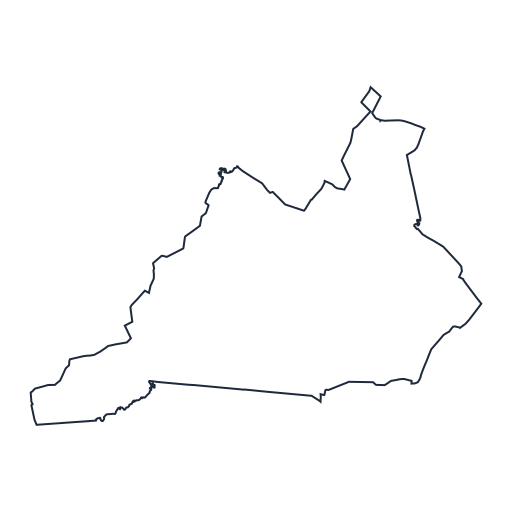 outline of Augstkalnes pag., Tervetes, Latvia
{"feature_id": "27541924B87750651157185", "entity_name": "Augstkalnes pag.", "entity_type": "district", "adm_level": 2, "iso_a3": "LVA", "parent_name": "Latvia", "parent_adm1": "Tervetes", "projection": "mercator", "projection_center": [23.356, 56.418], "detail": "fine", "context": "isolated", "style": "outline", "palette": "slate", "viewbox_px": 512, "rotation_deg": 0, "n_neighbors": 0, "source": "geoboundaries", "source_scale": "gbopen_adm2", "svg_char_len": 6020}
<svg xmlns="http://www.w3.org/2000/svg" viewBox="0 0 512 512"><path d="M424.4,128.7L420.5,126.8L415.5,125.1L411.4,123.4L405.2,121.4L402.3,120.7L400.2,120.4L397.7,120.3L387.7,120.6L385.3,120.8L381.2,120.2L380.4,120.9L380.3,120.3L380.1,119.9L379.9,119.8L377.0,118.8L375.8,118.1L375.2,117.5L373.7,115.4L372.2,113.1L380.7,96.4L370.6,87.2L369.3,91.2L361.5,101.9L361.5,102.2L361.4,102.4L370.5,111.5L367.4,114.8L357.2,126.1L353.4,128.8L353.2,129.0L351.4,138.6L350.4,142.8L343.1,157.4L341.7,160.6L350.2,179.1L344.3,189.6L343.7,189.4L337.0,188.3L334.7,186.9L332.8,184.8L331.8,184.1L324.7,180.9L324.6,181.2L324.7,181.8L324.2,183.4L321.3,188.9L316.0,194.6L311.8,199.6L311.1,199.7L310.8,199.9L309.9,201.6L307.0,206.3L305.7,208.6L304.0,210.7L285.2,204.5L284.8,204.1L279.1,198.3L272.8,192.0L272.3,192.0L271.5,192.4L270.0,192.8L267.3,190.2L262.1,183.3L252.6,177.5L242.6,171.0L238.5,167.7L238.0,166.6L237.5,166.4L237.1,166.3L236.9,166.9L236.7,167.4L236.2,167.7L234.3,168.2L233.9,168.7L233.8,169.3L232.4,171.2L231.9,171.7L230.7,172.1L230.7,171.4L230.3,171.3L229.9,171.7L229.2,172.6L227.6,172.9L227.3,172.9L226.3,172.5L225.1,172.4L224.8,172.2L225.6,171.6L225.9,171.3L226.0,170.9L225.9,170.8L225.7,170.7L225.5,170.8L225.2,171.2L225.4,170.7L225.7,169.5L225.5,169.1L225.1,168.8L224.5,168.6L224.1,168.7L224.0,168.9L224.0,169.3L223.9,169.8L223.8,170.0L223.3,169.3L222.7,169.2L222.5,168.5L222.2,168.3L221.8,168.2L220.9,168.3L220.2,168.4L219.9,168.6L219.7,168.9L219.7,169.1L220.0,169.4L221.3,170.1L221.7,170.5L221.8,170.6L221.7,170.9L221.1,172.9L220.9,173.1L220.8,172.5L220.6,172.4L219.4,172.2L218.7,172.6L218.5,173.1L218.5,173.3L218.8,173.9L219.0,174.1L219.8,174.3L220.7,174.2L220.9,174.4L220.9,174.5L220.5,175.2L220.0,175.2L219.7,175.3L219.6,175.7L219.8,175.8L220.0,175.9L221.5,176.7L221.5,176.9L221.6,177.3L222.3,177.0L222.6,177.0L222.9,177.2L223.0,178.0L222.9,178.6L222.4,179.0L222.1,180.0L221.6,180.4L221.6,180.6L221.8,181.2L221.3,181.8L221.2,182.1L221.2,182.6L220.8,182.9L220.6,184.0L220.3,184.2L220.0,184.1L219.5,184.1L219.0,184.4L218.9,184.6L219.0,185.1L219.0,185.7L218.3,186.8L218.2,187.1L218.1,188.0L217.1,188.2L213.9,188.1L211.3,189.6L211.1,189.9L209.3,192.7L205.9,200.7L205.8,201.1L205.5,201.7L205.4,202.2L205.5,202.9L208.5,205.1L208.6,205.3L206.0,212.8L205.8,213.2L201.8,216.3L201.6,216.5L199.9,225.8L194.6,229.7L185.4,236.3L185.1,236.6L184.8,237.9L183.5,247.6L183.3,248.3L183.0,248.6L166.8,256.9L162.6,255.8L162.1,255.8L161.4,256.0L153.3,262.9L153.1,263.2L153.1,263.5L153.2,264.1L154.1,268.2L153.5,270.6L153.9,274.2L153.8,278.6L153.6,279.1L150.5,285.8L149.5,290.4L149.2,291.3L149.0,292.9L144.8,290.7L137.2,299.3L131.7,305.0L130.4,307.2L132.3,321.8L124.8,325.6L130.9,338.3L126.9,342.4L115.4,344.4L108.1,346.0L105.9,347.7L100.1,351.7L94.1,354.9L89.8,355.6L87.2,355.7L83.3,356.2L69.9,359.3L69.4,360.9L69.0,365.3L65.7,368.4L60.2,380.4L54.8,384.9L48.1,385.0L42.8,386.5L35.4,388.5L34.9,388.7L32.1,391.6L31.3,392.0L30.7,392.7L31.4,401.8L32.6,404.1L31.4,405.2L34.4,419.3L34.5,419.8L36.6,424.8L95.7,420.6L95.6,420.2L95.8,419.9L96.3,419.8L96.4,419.6L96.4,419.1L96.5,419.0L98.0,418.2L99.9,417.8L100.3,418.2L100.4,419.3L100.7,419.5L101.0,420.4L101.9,421.0L102.6,421.0L103.1,420.7L104.0,419.1L104.2,418.6L104.1,417.6L104.1,416.8L106.4,414.5L108.1,414.1L110.0,414.1L112.7,413.8L115.1,413.9L115.4,413.6L115.6,413.1L116.0,411.6L116.5,410.9L117.1,409.7L117.8,408.8L118.1,408.2L118.4,408.0L119.0,407.8L119.3,407.8L119.3,408.0L119.3,408.5L119.3,408.8L119.6,409.1L120.0,409.2L120.3,408.6L120.3,408.2L120.0,407.7L120.0,407.4L120.3,407.2L122.1,407.6L123.3,408.7L123.9,409.6L124.3,409.7L124.9,409.6L125.2,409.4L125.9,408.0L126.3,407.6L126.8,407.4L127.8,407.4L128.1,407.1L128.4,406.6L129.0,406.2L129.4,404.8L129.5,404.6L130.3,404.5L131.2,403.8L131.6,403.8L131.9,403.6L132.3,402.3L133.1,402.1L133.1,401.9L132.9,401.5L133.4,400.8L133.8,400.9L134.4,401.4L134.6,401.5L134.8,401.3L134.8,401.1L134.4,400.8L134.4,400.6L134.6,400.5L135.8,400.8L136.7,400.2L138.1,400.3L138.7,400.2L140.6,398.7L141.2,397.5L141.4,397.4L141.9,397.4L142.1,398.0L142.3,398.1L142.6,398.0L143.5,397.3L143.9,397.3L144.6,397.6L145.1,397.4L148.2,393.9L149.4,393.1L149.6,392.5L149.7,391.4L150.0,390.8L150.8,390.3L151.2,389.7L151.4,388.4L151.4,388.1L151.2,387.9L150.6,388.3L150.2,388.5L149.8,388.4L149.8,388.2L150.8,387.3L151.3,386.5L151.9,386.5L153.5,387.0L154.2,387.7L154.4,387.7L154.6,387.5L154.5,386.2L154.7,385.2L154.5,384.9L153.9,385.0L153.0,384.7L152.8,384.3L152.9,383.5L152.7,383.2L152.5,383.3L152.0,384.0L151.5,384.5L151.0,384.7L150.8,384.6L150.3,383.5L149.4,382.5L149.1,381.9L149.1,381.4L149.5,381.0L152.8,381.3L158.0,382.0L187.8,384.7L194.6,385.1L244.3,389.7L244.5,389.5L267.5,391.8L311.6,395.8L319.5,400.8L320.5,401.7L320.8,397.1L320.6,394.2L324.2,395.1L324.4,394.9L325.3,390.6L325.4,390.2L325.8,389.9L326.3,389.7L328.2,390.0L328.7,389.9L349.0,381.8L373.0,382.2L375.9,384.8L376.4,384.9L384.4,385.1L384.7,385.1L387.5,383.3L391.0,380.9L398.3,379.6L398.4,379.4L402.0,379.0L404.7,379.1L411.6,380.9L411.5,383.6L414.9,383.4L417.9,382.2L419.9,378.8L420.6,376.9L421.0,375.1L422.5,370.9L424.5,365.8L426.5,361.2L429.5,353.5L431.3,349.2L439.4,339.9L443.5,335.0L446.3,333.2L449.1,331.7L451.9,328.0L453.1,326.7L454.9,326.4L460.0,327.6L460.1,327.8L465.5,323.8L469.1,319.8L479.1,306.7L481.3,303.7L476.7,297.9L465.9,283.5L463.3,279.8L463.2,279.1L459.1,277.1L461.9,271.1L461.3,266.7L461.1,266.2L458.5,263.1L444.1,247.6L443.9,247.3L443.3,246.7L433.3,240.6L428.1,237.8L422.5,234.3L418.0,229.0L417.3,228.8L416.9,229.0L415.8,227.9L415.2,226.9L414.3,226.1L414.2,225.5L414.4,224.8L414.7,224.6L415.3,224.2L416.7,223.9L417.4,223.3L417.9,223.4L417.9,223.5L417.7,225.1L417.7,225.4L418.4,225.4L419.1,224.3L419.3,223.5L419.3,223.3L418.9,223.0L418.8,222.7L418.7,222.3L418.4,221.6L418.1,221.3L417.4,221.3L417.2,221.1L417.0,220.6L417.0,220.3L417.3,219.9L417.8,219.7L419.3,220.0L420.1,220.6L420.3,220.4L420.4,218.8L420.2,217.5L418.4,209.3L414.2,189.3L411.2,175.7L410.7,174.2L406.9,155.0L414.5,150.4L417.1,147.3L417.7,145.6L418.2,144.8L423.0,131.4L424.4,128.7Z" fill="none" stroke="#1e293b" stroke-width="2"/></svg>